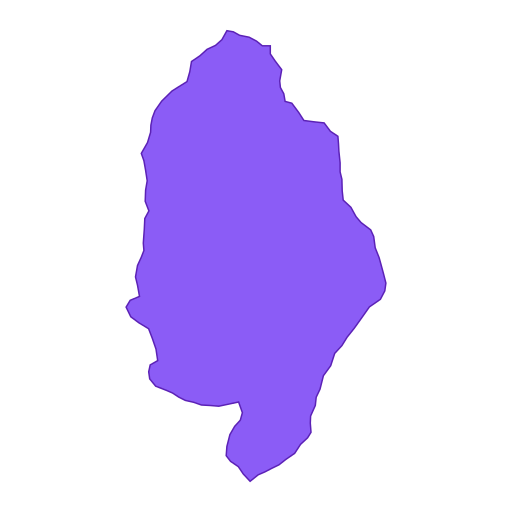 outline of Mirassolândia, São Paulo, Brazil
{"feature_id": "56859067B44957908487637", "entity_name": "Mirassolândia", "entity_type": "district", "adm_level": 2, "iso_a3": "BRA", "parent_name": "Brazil", "parent_adm1": "São Paulo", "projection": "albers", "projection_center": [-49.488, -20.597], "detail": "fine", "context": "isolated", "style": "filled", "palette": "violet", "viewbox_px": 512, "rotation_deg": 0, "n_neighbors": 0, "source": "geoboundaries", "source_scale": "gbopen_adm2", "svg_char_len": 1610}
<svg xmlns="http://www.w3.org/2000/svg" viewBox="0 0 512 512"><path d="M250.1,481.3L258.2,474.8L264.9,471.9L271.6,468.4L279.0,464.8L286.0,459.3L294.7,453.3L300.5,444.4L307.6,437.8L311.0,432.3L310.3,423.1L310.6,416.0L315.3,405.5L316.2,397.2L320.0,389.2L323.4,375.7L330.7,365.7L334.7,353.4L341.9,345.6L347.1,337.2L354.2,328.3L362.7,316.4L369.4,306.9L380.4,299.3L384.8,290.9L385.9,283.1L383.5,273.7L381.2,265.2L379.1,257.6L375.2,247.8L373.7,236.5L370.7,229.9L361.0,222.5L356.0,216.6L350.9,207.3L343.2,200.1L342.2,190.8L341.9,179.3L340.1,171.9L340.1,162.8L338.9,151.3L338.5,143.8L337.9,136.3L330.4,131.3L324.1,122.9L314.7,121.9L303.9,120.5L298.8,112.6L291.8,103.2L285.1,101.4L283.8,93.8L280.4,87.5L279.7,80.9L281.7,69.7L275.0,60.8L270.3,53.9L270.3,45.8L262.3,45.8L256.5,41.1L249.1,37.2L239.6,35.3L233.3,31.8L226.9,30.7L221.9,39.7L215.5,45.4L207.1,49.3L199.9,55.8L191.5,61.5L189.8,71.7L187.0,81.6L178.8,86.7L172.0,91.0L161.7,101.1L155.0,110.7L152.3,117.9L150.9,125.2L150.6,132.3L147.5,142.6L141.3,153.4L143.9,160.7L145.6,170.3L147.2,180.8L145.6,190.1L145.2,201.3L148.9,210.9L144.8,218.5L144.3,229.2L143.3,243.2L143.9,250.5L141.3,257.2L137.5,265.5L135.5,276.9L137.5,285.2L139.5,296.4L130.2,300.3L126.1,307.1L130.8,316.8L139.0,322.9L148.6,328.7L152.3,338.3L156.0,349.1L157.7,360.6L150.2,364.9L148.7,371.8L149.7,378.9L155.7,386.2L166.5,390.4L172.5,393.0L178.9,397.2L185.3,400.4L193.7,402.3L201.4,405.0L210.4,405.5L218.8,406.2L238.6,402.0L242.4,412.7L240.3,420.2L234.7,426.3L229.9,434.6L226.9,446.4L226.2,455.7L230.6,461.4L238.3,466.6L243.3,474.0L250.1,481.3Z" fill="#8b5cf6" stroke="#5b21b6" stroke-width="1.5"/></svg>